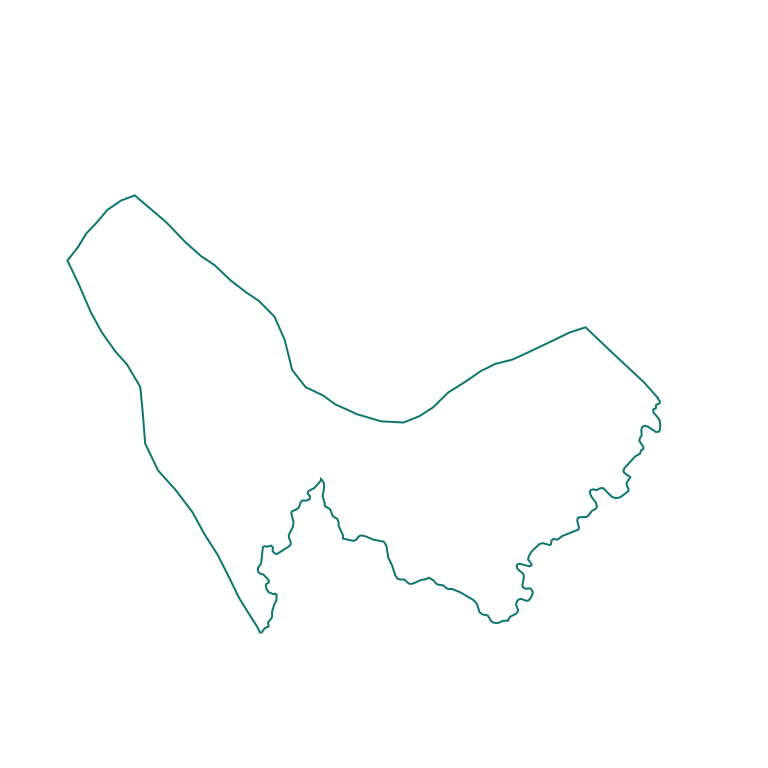 La Nya Pendé, Logone Oriental, Chad (Robinson projection), rotated 339°
{"feature_id": "50815135B51143570982343", "entity_name": "La Nya Pendé", "entity_type": "district", "adm_level": 2, "iso_a3": "TCD", "parent_name": "Chad", "parent_adm1": "Logone Oriental", "projection": "robinson", "projection_center": [16.781, 7.997], "detail": "fine", "context": "isolated", "style": "outline", "palette": "teal", "viewbox_px": 768, "rotation_deg": 339, "n_neighbors": 0, "source": "geoboundaries", "source_scale": "gbopen_adm2", "svg_char_len": 4846}
<svg xmlns="http://www.w3.org/2000/svg" viewBox="0 0 768 768"><g transform="rotate(339 384 384)"><path d="M309.7,358.9L303.3,337.8L307.1,307.4L305.9,281.9L297.0,261.7L287.5,248.1L278.0,232.4L268.4,212.3L258.9,198.8L249.4,180.5L238.5,154.6L226.7,133.0L218.9,118.6L204.3,118.5L188.2,122.3L172.9,130.7L159.7,136.9L147.5,146.5L132.7,155.2L134.7,180.3L136.0,211.8L139.0,234.4L145.0,257.8L151.1,273.8L155.4,299.3L148.4,324.7L139.7,353.9L142.1,383.7L151.4,408.1L159.1,434.4L162.8,461.1L167.5,483.9L170.2,510.4L172.0,531.6L174.9,546.7L175.9,551.9L178.0,562.1L178.7,565.8L179.1,571.5L179.3,571.6L180.7,572.1L185.3,569.1L189.4,569.1L189.9,566.7L190.3,565.1L191.7,564.3L191.9,564.2L194.8,562.5L195.5,561.8L196.3,560.8L197.1,558.7L197.4,558.0L198.2,556.0L202.5,550.5L204.8,548.5L205.9,547.5L206.0,547.5L208.3,542.1L207.2,541.0L206.9,540.6L205.9,540.7L205.6,540.8L205.2,540.4L201.7,537.0L201.1,534.5L200.8,533.3L201.4,529.6L202.0,529.0L202.3,528.6L205.1,528.1L206.1,526.1L203.2,518.7L200.0,516.2L199.3,514.1L200.3,510.6L204.9,507.6L209.9,497.9L212.5,492.9L213.5,492.7L214.1,492.5L216.8,494.1L217.7,494.2L218.1,494.2L220.7,494.5L221.2,495.5L221.7,496.6L220.1,500.1L220.9,502.3L221.1,502.7L221.9,503.4L222.9,504.4L232.5,502.5L237.6,501.4L239.3,500.4L240.4,497.5L240.1,494.1L240.5,492.3L240.9,491.0L244.1,488.0L247.5,485.0L248.9,482.5L250.1,480.3L251.1,471.4L252.5,469.9L253.7,469.8L256.3,469.7L258.3,469.5L259.3,469.0L260.6,468.4L264.2,464.1L266.3,463.6L269.5,465.0L273.4,464.8L273.8,463.9L274.7,462.1L274.0,460.4L273.5,459.0L273.6,458.8L274.9,457.0L276.0,456.8L281.8,456.1L285.7,454.1L290.8,451.3L291.1,450.3L291.9,452.1L292.1,452.6L292.2,455.9L290.3,460.6L286.5,466.6L285.9,474.4L285.4,475.5L285.0,476.6L288.8,481.6L288.8,486.3L288.8,489.0L290.1,490.7L292.0,493.1L292.1,496.9L291.3,498.7L290.8,499.9L291.5,510.2L290.7,512.6L290.3,513.6L294.6,516.4L299.3,519.6L300.5,519.5L302.0,519.4L305.2,517.8L305.5,517.6L306.7,517.0L308.8,517.3L310.2,518.3L312.3,519.7L318.0,525.3L327.2,531.0L328.3,535.8L325.8,547.4L326.3,554.1L326.4,554.5L326.5,556.2L326.3,560.4L326.1,563.3L326.0,566.6L326.3,568.4L326.8,570.5L329.4,572.6L332.7,573.6L333.4,574.9L335.7,579.3L338.2,580.6L339.9,580.6L342.2,580.6L343.0,580.6L344.7,580.4L346.7,580.3L347.7,580.3L348.8,580.3L352.9,581.2L355.8,581.0L356.6,581.0L358.4,583.3L360.0,585.3L361.0,588.7L362.5,590.7L367.2,593.3L367.9,594.8L368.4,595.7L369.0,596.9L370.7,598.4L372.6,599.2L374.1,599.8L377.8,603.2L380.6,605.8L390.2,617.9L390.6,619.0L392.0,622.5L391.5,629.7L391.4,631.3L393.6,634.7L396.7,636.3L398.1,637.9L398.6,641.3L398.7,641.9L398.8,643.2L399.3,644.0L400.7,646.1L403.0,647.2L404.4,647.8L404.7,648.0L406.7,647.9L410.7,647.8L415.2,649.5L415.9,648.4L416.5,647.7L418.7,646.4L425.0,645.8L426.7,644.8L427.2,644.5L427.6,643.8L428.2,642.9L428.2,637.2L430.3,634.5L430.4,634.4L430.9,634.2L432.4,633.5L435.1,633.7L438.5,636.8L439.2,637.5L441.3,637.9L443.1,636.9L444.2,636.3L447.3,633.4L448.0,632.0L448.3,631.4L448.2,630.0L448.1,628.8L447.3,627.5L447.0,627.0L442.8,625.9L441.5,624.5L441.1,624.0L441.1,622.4L441.1,621.4L442.7,618.8L445.5,614.2L445.6,613.9L446.1,611.2L443.3,606.4L442.4,603.7L442.6,601.6L443.8,600.2L445.7,600.3L446.0,600.3L454.6,606.4L455.4,606.3L456.8,606.1L457.2,605.2L456.0,600.7L455.6,599.5L457.5,596.6L459.3,595.2L462.0,593.1L463.4,592.6L465.1,591.8L470.9,589.5L471.8,589.1L472.7,589.2L475.0,589.4L478.2,591.7L480.9,593.7L482.4,593.5L483.6,591.3L484.3,590.1L486.9,589.3L490.1,591.5L493.0,590.7L496.0,589.8L513.5,589.6L514.6,587.8L515.4,580.9L515.7,580.5L516.5,579.1L517.3,578.6L517.6,578.4L518.0,578.2L522.2,579.6L524.9,580.6L526.4,580.4L527.1,580.3L529.0,579.2L533.0,576.8L536.2,576.6L536.6,576.4L538.7,575.2L539.3,570.7L537.8,565.5L537.3,563.7L537.1,560.4L537.6,558.2L539.1,557.2L541.7,557.3L542.2,557.7L544.5,559.3L547.0,559.0L548.7,558.8L551.3,559.7L553.9,565.7L556.0,570.3L556.3,570.9L556.4,571.2L559.5,573.6L563.1,574.4L564.5,574.2L565.6,574.0L570.5,572.6L573.7,571.6L574.4,570.3L574.7,569.7L574.3,566.1L574.9,563.4L579.8,559.8L580.5,559.3L577.1,554.0L576.4,553.0L576.4,552.5L576.3,551.1L578.1,548.8L580.2,547.8L592.6,541.6L595.4,541.2L598.0,540.8L599.4,539.2L600.4,538.0L602.8,537.6L603.6,535.8L603.5,535.4L602.0,528.7L603.5,526.3L605.5,524.8L606.2,524.3L607.7,519.2L609.8,516.6L610.7,516.6L612.4,516.4L615.0,518.4L615.5,518.9L620.8,526.4L622.7,526.8L623.6,527.0L624.8,526.0L627.1,521.7L627.5,520.0L628.2,517.7L628.0,514.7L626.1,509.3L625.4,507.4L625.6,506.0L625.9,504.9L626.7,504.2L626.9,504.0L628.9,504.2L630.0,502.2L630.6,501.0L632.1,500.9L634.3,500.8L635.3,499.3L634.8,496.9L634.4,495.1L634.6,494.9L629.3,480.9L627.5,476.1L625.1,471.1L607.0,433.9L592.5,403.3L575.9,402.4L551.9,404.4L530.0,406.1L512.3,407.2L495.2,405.1L479.1,406.6L460.9,411.0L441.0,414.9L421.2,423.5L405.6,426.7L388.6,427.0L367.9,417.8L348.1,402.6L331.2,385.5L322.8,372.6L309.7,358.9Z" fill="none" stroke="#0f766e" stroke-width="2"/></g></svg>